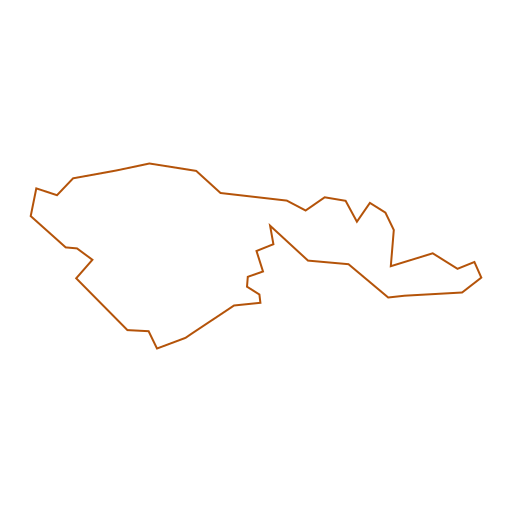 Balikchi, Andijon, Uzbekistan (Albers equal-area conic projection)
{"feature_id": "79887680B83783750285082", "entity_name": "Balikchi", "entity_type": "district", "adm_level": 2, "iso_a3": "UZB", "parent_name": "Uzbekistan", "parent_adm1": "Andijon", "projection": "albers", "projection_center": [71.96, 40.86], "detail": "fine", "context": "isolated", "style": "outline", "palette": "amber", "viewbox_px": 512, "rotation_deg": 0, "n_neighbors": 0, "source": "geoboundaries", "source_scale": "gbopen_adm2", "svg_char_len": 659}
<svg xmlns="http://www.w3.org/2000/svg" viewBox="0 0 512 512"><path d="M157.0,348.5L185.6,337.8L191.0,334.1L234.0,305.5L260.4,302.8L259.4,294.5L247.0,286.7L247.8,276.8L263.0,271.5L256.5,251.0L273.4,244.2L270.1,225.7L308.0,260.6L348.5,264.2L388.2,297.5L404.7,295.7L462.1,292.5L481.3,277.6L474.4,262.0L457.5,268.8L432.7,253.3L390.8,266.2L393.8,230.0L385.4,212.6L369.9,202.9L356.9,221.7L345.6,200.8L324.7,197.3L305.6,210.5L286.8,200.6L220.5,193.0L196.2,170.9L149.4,163.5L116.2,170.5L73.1,178.3L57.0,195.2L36.3,188.4L30.7,216.1L65.7,247.4L77.0,248.4L92.4,259.8L76.2,278.3L127.4,330.1L148.6,331.2L157.0,348.5Z" fill="none" stroke="#b45309" stroke-width="2"/></svg>